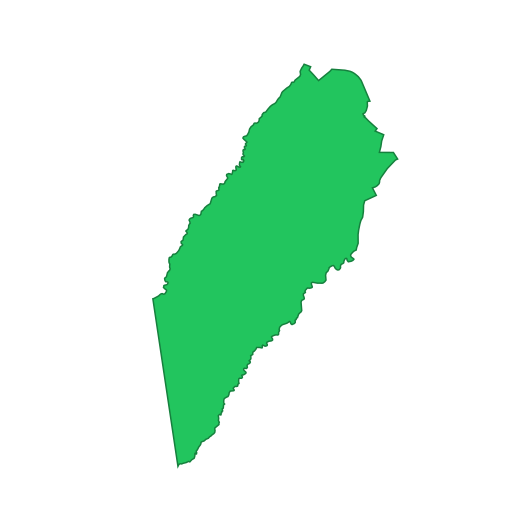 the district of Mazatecochco de José María Morelos, Tlaxcala, Mexico, rotated 142°
{"feature_id": "50627088B35944605315833", "entity_name": "Mazatecochco de José María Morelos", "entity_type": "district", "adm_level": 2, "iso_a3": "MEX", "parent_name": "Mexico", "parent_adm1": "Tlaxcala", "projection": "mercator", "projection_center": [-98.156, 19.192], "detail": "fine", "context": "isolated", "style": "filled", "palette": "green", "viewbox_px": 512, "rotation_deg": 142, "n_neighbors": 0, "source": "geoboundaries", "source_scale": "gbopen_adm2", "svg_char_len": 6134}
<svg xmlns="http://www.w3.org/2000/svg" viewBox="0 0 512 512"><g transform="rotate(142 256 256)"><path d="M447.0,138.3L444.9,139.3L443.2,138.7L442.6,137.9L441.0,137.5L438.2,136.2L435.7,135.7L434.9,134.5L432.1,135.0L429.6,134.7L429.0,134.8L427.3,136.1L425.9,137.8L425.3,138.0L425.1,136.8L424.7,136.7L423.8,137.6L423.5,138.6L423.0,139.2L421.7,139.3L418.8,140.7L416.1,141.4L415.0,142.0L414.1,143.0L413.1,143.0L410.7,142.2L408.2,142.4L405.8,141.7L403.9,142.1L402.3,141.9L400.6,142.1L398.8,142.0L397.2,142.3L395.8,143.6L395.0,145.1L394.3,145.8L389.0,146.0L388.0,147.2L387.3,147.6L386.9,149.5L385.3,151.1L384.0,153.4L382.3,153.6L381.8,153.1L381.7,152.5L381.3,152.4L380.3,153.6L379.4,153.7L378.9,154.5L377.7,154.4L376.7,156.3L375.4,156.3L373.3,158.6L371.9,158.7L372.0,159.6L371.6,160.5L370.0,162.4L368.7,163.2L366.0,162.9L364.8,162.5L363.8,162.8L362.5,163.6L361.3,164.8L359.5,165.4L356.8,163.7L356.1,163.5L355.7,163.8L355.6,165.4L355.2,165.9L353.3,166.2L352.7,166.1L352.0,165.4L350.7,164.8L350.2,165.0L349.7,165.8L348.9,166.1L347.9,166.0L346.8,168.1L345.0,169.9L344.2,169.8L342.9,168.7L342.2,168.5L341.5,168.7L341.1,169.3L340.7,170.8L339.8,170.6L339.2,170.1L338.6,170.0L336.7,169.8L335.9,170.0L335.6,170.4L335.5,170.8L335.9,173.2L335.6,174.1L335.1,174.7L334.3,174.8L332.9,173.3L331.9,173.3L331.2,173.7L330.7,175.0L329.9,175.5L328.9,175.7L327.2,175.3L325.9,175.8L325.6,176.4L325.9,177.2L325.9,177.7L324.3,177.8L323.3,178.2L321.9,180.0L321.6,180.7L319.2,180.4L318.1,181.8L317.3,182.2L315.8,182.1L313.5,182.6L311.8,183.5L309.6,181.8L307.9,179.9L307.6,179.9L307.1,180.3L306.3,181.5L305.5,181.6L304.4,179.4L303.6,178.9L302.3,178.6L301.6,179.3L301.4,180.7L300.6,181.3L298.3,180.9L296.5,179.8L295.4,179.5L294.6,179.6L294.0,180.5L293.8,182.3L293.5,182.8L292.5,182.8L290.5,182.3L288.9,181.6L287.4,180.3L286.7,180.3L286.3,180.5L285.2,181.9L283.5,182.7L283.2,183.0L283.0,183.9L281.2,185.3L278.6,185.7L277.2,185.5L273.0,184.0L271.0,183.8L270.1,183.9L269.8,183.7L269.6,183.2L270.2,181.2L270.0,180.1L269.8,179.8L267.4,179.2L266.1,179.4L265.5,180.1L264.8,181.3L263.6,181.2L262.3,182.1L261.3,181.9L258.3,183.9L256.2,184.2L254.9,184.2L253.6,184.8L248.9,191.9L247.3,192.9L244.9,192.4L244.1,192.8L243.5,194.0L243.0,195.7L241.8,197.1L239.6,196.8L239.3,197.2L239.3,197.9L238.2,198.6L235.7,199.1L235.0,199.0L233.8,197.8L232.4,197.0L231.1,196.7L230.6,197.1L229.6,199.9L228.8,200.7L227.6,200.5L224.3,196.8L220.5,193.8L219.7,193.4L217.6,193.4L215.7,193.9L213.0,198.0L211.0,199.6L208.7,199.8L206.1,201.2L205.6,201.8L204.4,201.8L202.2,201.5L200.9,200.9L200.7,199.6L201.1,197.7L201.0,196.5L200.5,195.0L199.5,194.2L198.7,194.0L197.2,194.4L196.6,194.7L195.6,196.1L194.1,197.0L192.4,196.6L191.1,196.6L189.9,197.8L188.7,198.5L187.2,199.0L186.5,198.7L186.1,198.2L186.9,196.2L186.8,194.6L184.3,193.3L182.6,192.9L181.4,193.0L180.8,193.2L180.8,193.8L181.6,196.6L181.2,198.0L180.5,198.8L177.6,199.4L175.4,199.5L173.4,199.0L171.3,200.8L167.7,203.1L162.4,210.0L159.3,213.1L154.3,217.4L151.5,219.4L148.1,220.9L144.1,224.8L139.8,230.0L136.3,232.6L123.9,229.7L122.3,238.0L119.4,237.0L117.1,236.8L114.5,237.2L113.2,238.1L112.0,239.5L109.5,240.8L98.6,244.1L87.0,245.8L84.7,245.2L84.0,253.0L95.0,261.7L90.3,265.3L86.1,269.3L80.7,272.9L85.2,281.1L82.2,281.9L84.2,293.4L84.6,297.4L85.2,298.8L84.9,299.4L84.2,299.3L84.6,301.1L84.1,302.2L82.1,301.8L79.5,302.8L75.8,305.6L73.5,308.9L72.8,309.0L70.9,307.9L65.2,329.0L65.0,330.4L65.0,334.3L65.4,336.4L66.0,339.0L66.9,341.4L68.2,343.7L71.6,347.7L81.3,356.5L84.1,356.0L98.7,355.7L99.1,363.1L99.7,369.7L96.4,371.5L100.0,377.5L102.1,376.6L104.2,376.0L107.4,374.4L107.8,374.0L109.1,371.6L110.8,370.6L116.9,370.5L118.8,369.7L119.5,369.8L120.5,370.7L121.1,370.8L123.1,369.7L125.3,369.1L128.2,369.4L133.6,369.2L134.9,368.9L139.0,366.5L141.1,366.3L142.6,365.9L145.7,364.7L147.3,364.6L150.1,365.1L152.6,365.1L155.7,364.5L159.8,363.4L161.6,364.2L162.8,364.0L164.1,363.6L165.3,362.4L168.9,362.2L170.0,360.9L171.7,360.0L173.9,360.3L174.9,361.4L175.8,361.7L177.5,360.9L180.3,360.9L181.2,360.6L182.9,360.0L185.4,358.0L188.2,356.8L189.4,356.5L191.3,357.3L192.5,357.6L193.7,357.0L193.7,355.4L193.0,351.5L193.3,351.1L194.9,351.0L195.4,350.8L195.5,349.1L195.9,348.8L197.4,349.4L198.1,349.1L198.5,347.4L199.0,346.7L199.5,346.7L199.8,347.3L200.3,347.6L200.9,347.4L201.6,346.8L202.3,345.1L202.9,344.9L203.6,344.2L203.6,341.9L204.6,341.7L205.5,342.6L206.6,342.6L207.9,341.1L207.8,340.4L206.6,339.9L206.9,338.5L207.1,338.3L207.6,338.5L208.4,337.8L208.9,338.0L210.1,339.2L210.6,340.1L211.5,339.6L213.0,338.0L213.2,337.0L213.2,335.9L213.6,335.7L214.7,336.5L215.7,338.8L216.3,339.0L216.7,338.9L217.5,338.0L218.5,336.1L219.2,335.9L220.2,336.2L221.1,337.5L221.7,337.7L221.9,337.3L224.3,335.4L225.0,335.3L225.7,336.5L226.8,337.8L228.9,338.3L229.8,337.4L230.1,335.2L230.6,334.6L234.5,333.7L235.6,332.8L236.5,332.6L237.5,332.7L239.8,335.0L240.5,334.8L241.1,334.0L242.2,333.4L242.5,332.8L243.3,332.8L244.5,330.9L245.3,330.9L246.9,331.5L247.6,331.5L247.8,331.0L248.6,330.2L249.3,329.0L249.7,328.1L250.1,327.9L251.0,328.1L251.8,328.0L253.2,328.8L254.5,328.9L255.5,328.5L259.9,325.4L263.4,325.8L266.6,325.6L268.7,324.9L270.5,324.7L271.5,324.9L273.7,322.9L274.3,322.7L275.5,322.7L276.0,323.0L278.3,326.4L279.5,327.1L280.4,326.6L281.1,325.3L282.0,325.1L284.3,326.0L285.4,326.0L286.6,325.5L287.1,323.6L287.9,322.2L288.6,322.2L290.2,321.5L291.5,320.0L293.3,318.9L295.3,319.0L295.9,318.8L295.9,316.8L296.2,316.2L296.8,315.9L298.2,316.1L301.5,315.6L303.6,313.5L306.1,313.5L307.0,312.3L306.9,310.0L307.5,309.7L309.9,309.8L312.5,308.3L314.1,307.7L317.1,307.1L319.0,307.5L319.8,308.2L320.6,308.4L322.7,307.5L324.1,307.6L324.9,308.1L325.5,308.0L326.7,306.9L328.1,305.1L328.6,304.2L328.9,302.7L330.7,300.7L331.2,299.9L331.3,299.1L331.9,298.5L333.1,297.8L334.1,297.9L334.5,297.6L335.8,297.5L339.1,295.0L339.8,294.7L341.3,294.8L342.0,294.4L342.8,292.8L343.0,291.4L341.8,290.2L341.6,289.4L341.9,289.0L342.8,288.4L343.9,288.3L346.4,289.4L347.0,289.3L347.4,288.7L348.2,288.3L348.2,286.8L347.5,284.3L347.9,283.7L348.9,283.0L351.2,282.3L352.5,282.9L352.8,283.8L353.4,284.3L354.6,284.7L357.5,284.5L362.7,285.4L363.6,285.8L447.0,138.3Z" fill="#22c55e" stroke="#15803d" stroke-width="1.5"/></g></svg>